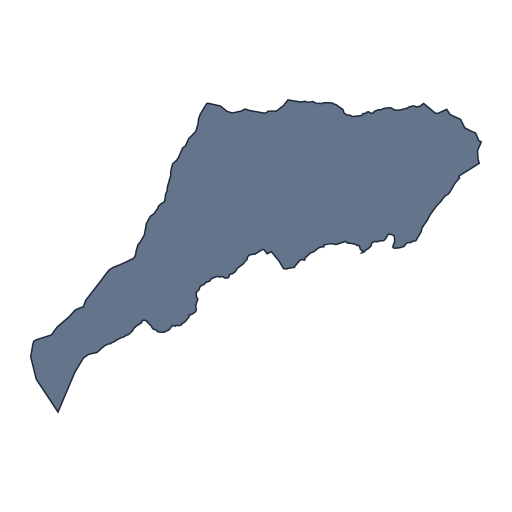 outline of San Jerónimo Tecóatl, Oaxaca, Mexico
{"feature_id": "50627088B30951925299861", "entity_name": "San Jerónimo Tecóatl", "entity_type": "district", "adm_level": 2, "iso_a3": "MEX", "parent_name": "Mexico", "parent_adm1": "Oaxaca", "projection": "orthographic", "projection_center": [-96.928, 18.146], "detail": "fine", "context": "isolated", "style": "filled", "palette": "slate", "viewbox_px": 512, "rotation_deg": 0, "n_neighbors": 0, "source": "geoboundaries", "source_scale": "gbopen_adm2", "svg_char_len": 5567}
<svg xmlns="http://www.w3.org/2000/svg" viewBox="0 0 512 512"><path d="M423.6,103.4L420.1,106.2L416.3,106.9L414.6,106.1L412.7,105.9L410.6,106.7L409.5,106.7L406.8,108.3L405.3,108.5L403.4,109.2L399.0,110.1L396.3,110.2L395.4,109.9L393.7,109.7L393.0,108.9L390.5,107.6L383.9,108.4L380.3,110.0L378.7,109.6L375.2,111.0L374.6,111.1L373.1,112.9L372.9,113.0L372.1,113.2L371.2,113.2L370.6,113.1L370.2,112.8L369.5,112.3L368.8,111.9L368.2,111.8L367.7,111.9L367.1,112.1L366.5,112.4L366.2,112.7L365.8,113.2L365.3,113.4L364.6,113.5L363.8,113.5L363.0,113.6L362.6,114.1L362.2,114.8L361.7,115.3L361.2,115.6L360.2,115.8L359.4,115.8L358.7,115.9L357.7,116.2L356.6,116.1L356.0,116.0L355.3,116.2L354.6,116.4L353.6,116.5L352.4,116.4L351.6,116.1L350.7,115.6L350.3,115.3L349.8,115.2L349.1,115.1L348.2,115.0L347.1,114.8L346.3,114.5L345.6,114.1L344.7,113.7L344.3,113.3L344.0,112.7L343.7,112.1L343.5,111.2L343.3,110.5L342.9,109.6L342.3,109.0L342.1,108.7L341.9,108.7L341.4,108.6L341.1,108.5L340.8,108.2L340.5,107.7L340.0,107.5L338.9,106.7L337.1,105.4L336.4,104.9L335.9,104.7L335.1,104.4L334.1,104.0L333.1,103.5L332.2,103.0L331.6,102.9L329.9,102.8L327.9,102.7L326.1,102.7L324.3,102.8L322.7,103.0L321.5,103.5L321.2,103.7L320.0,103.4L319.4,103.3L317.6,103.4L317.2,103.4L316.2,103.5L313.3,101.6L307.6,102.3L305.3,101.6L305.2,101.2L300.9,102.0L287.9,99.9L283.6,105.5L276.4,111.1L268.0,111.2L266.8,112.4L264.8,113.2L252.8,111.1L249.0,110.4L246.8,109.5L244.7,109.1L241.5,111.0L232.3,113.0L226.9,111.3L220.5,106.0L207.7,103.2L206.6,103.7L200.3,114.1L198.6,118.7L198.1,123.7L195.8,131.4L188.6,138.8L185.4,145.9L182.5,148.1L179.3,155.7L177.2,159.7L172.5,164.0L170.9,170.9L170.6,173.7L170.8,175.5L169.7,178.8L168.8,182.3L167.5,186.4L167.1,190.8L165.5,194.7L164.9,200.5L164.0,202.0L160.7,204.0L158.6,206.1L157.5,208.7L154.0,213.7L150.4,216.2L146.4,223.4L144.4,234.7L140.5,241.6L137.9,244.8L136.3,250.4L135.7,254.2L134.5,257.2L132.9,258.8L131.3,259.3L125.5,262.3L122.9,263.4L121.6,264.0L120.8,264.3L120.3,264.6L119.6,265.0L119.1,265.2L117.5,265.5L117.2,265.7L116.6,266.0L112.9,267.5L111.1,268.7L108.9,270.1L108.6,270.8L107.0,272.5L98.7,283.6L85.8,300.2L83.2,306.9L79.6,308.0L75.1,310.1L69.2,316.7L57.4,326.8L51.3,335.0L36.2,339.8L33.6,341.4L32.5,346.2L30.7,356.8L36.3,379.3L43.1,389.5L58.0,412.1L74.9,372.1L78.7,365.9L81.5,361.3L83.5,357.9L88.1,354.8L89.1,354.2L94.7,353.0L96.5,352.7L99.0,350.8L100.6,349.1L101.8,348.1L105.0,345.5L106.1,345.0L109.1,343.7L110.5,343.8L111.5,342.9L114.5,341.5L115.8,340.8L116.4,340.1L121.7,337.5L122.1,337.3L123.8,337.0L124.6,336.3L127.2,334.9L127.9,334.9L128.2,334.7L130.2,333.2L130.8,332.3L132.2,331.3L134.1,328.1L135.3,327.1L135.4,326.9L135.9,326.1L136.7,326.1L137.3,325.1L138.9,324.7L139.2,323.8L140.0,323.6L140.8,323.5L141.5,322.3L141.5,321.3L142.1,321.2L143.2,320.1L143.9,320.2L145.3,320.3L146.0,320.9L147.0,321.2L147.3,322.2L148.3,322.8L149.3,324.1L150.0,324.9L151.5,326.1L151.7,326.7L151.9,327.5L153.4,329.2L154.3,329.4L156.0,329.8L157.5,331.6L159.4,332.1L164.1,332.2L169.3,329.7L170.7,327.7L171.4,326.4L172.1,326.3L173.3,325.4L175.3,326.2L175.8,325.6L177.0,325.4L178.1,325.7L179.1,325.6L180.7,325.2L180.9,325.0L182.9,323.0L184.7,322.1L186.3,320.3L187.0,319.4L189.0,316.9L189.0,315.4L192.0,314.2L193.6,313.1L195.1,312.1L195.8,311.2L196.4,309.0L195.7,307.6L195.9,305.8L196.2,303.9L196.8,301.8L197.5,300.7L197.8,299.1L197.8,298.7L196.5,297.1L196.2,292.5L196.7,292.0L198.9,289.9L199.9,287.0L200.8,285.9L203.8,284.6L205.3,283.2L206.1,282.1L207.6,281.9L209.9,281.0L210.9,279.0L211.8,278.6L212.3,278.4L214.1,277.5L216.1,276.7L217.2,276.5L219.7,276.9L220.3,277.0L222.2,276.5L225.5,278.2L228.6,277.6L228.9,276.7L229.8,274.3L232.9,273.6L233.7,272.7L234.7,272.1L235.2,271.9L235.5,271.3L237.3,268.3L238.6,267.4L241.2,265.5L241.7,265.1L243.4,263.8L244.9,261.6L246.0,260.6L246.9,259.8L247.7,256.7L249.7,254.8L250.4,254.7L252.0,254.6L253.6,253.9L254.7,254.3L258.7,251.8L262.9,249.3L264.1,249.9L265.0,251.0L267.1,253.8L271.3,251.7L273.2,253.9L274.4,255.4L278.7,260.6L280.4,263.4L283.6,268.7L286.9,268.9L288.0,268.4L290.1,268.0L294.3,267.4L295.0,266.2L295.2,265.8L298.0,262.7L299.9,260.4L301.7,259.5L304.2,260.1L305.0,259.8L304.5,258.6L309.5,253.8L310.3,253.1L311.2,252.5L313.6,251.9L315.1,250.7L319.1,247.6L319.6,247.5L322.8,246.7L323.9,246.8L323.7,245.1L326.7,244.3L330.2,243.7L331.1,243.6L336.1,244.5L336.6,244.4L340.7,243.0L343.1,242.3L343.9,242.0L344.5,241.4L346.7,242.0L347.2,243.0L351.2,243.4L352.1,243.6L354.3,244.0L356.7,245.1L357.4,245.5L358.8,245.5L359.3,245.9L360.5,249.6L363.1,251.1L361.7,252.8L363.1,252.4L363.9,251.8L364.4,251.8L366.3,249.6L367.1,249.2L368.4,248.7L368.7,248.0L369.6,247.6L369.8,247.1L370.4,246.5L371.3,245.5L371.5,243.7L372.4,242.5L374.8,241.5L377.3,241.8L378.2,241.3L378.9,241.3L380.3,240.9L381.3,240.7L382.2,240.8L383.1,240.7L384.2,240.3L384.5,239.6L385.7,238.7L386.1,237.9L387.8,235.0L388.4,234.4L389.3,234.1L390.7,234.5L391.1,234.4L393.2,235.2L394.1,236.2L394.5,237.4L394.6,242.3L393.5,244.3L392.8,246.9L393.2,247.7L394.6,248.2L397.1,248.1L399.0,247.8L400.8,247.5L404.2,246.3L406.5,243.1L408.0,242.6L410.8,242.6L412.9,241.0L414.3,241.1L415.9,240.7L421.4,231.3L421.7,228.6L424.1,224.7L426.9,221.0L430.2,214.7L436.4,206.1L440.6,201.7L441.3,201.0L441.6,200.7L441.8,200.1L444.3,196.7L447.3,194.6L448.0,194.4L450.3,191.5L450.6,190.8L452.3,188.0L455.0,183.2L459.1,178.5L459.6,177.9L458.8,176.1L474.2,166.5L479.2,163.4L478.9,162.0L477.9,158.7L477.9,157.2L477.6,150.4L481.3,141.9L478.7,140.5L475.6,133.0L471.6,131.4L464.7,127.8L460.6,119.4L450.0,114.5L446.7,109.3L438.0,113.3L435.5,113.3L423.6,103.4Z" fill="#64748b" stroke="#1e293b" stroke-width="1.5"/></svg>